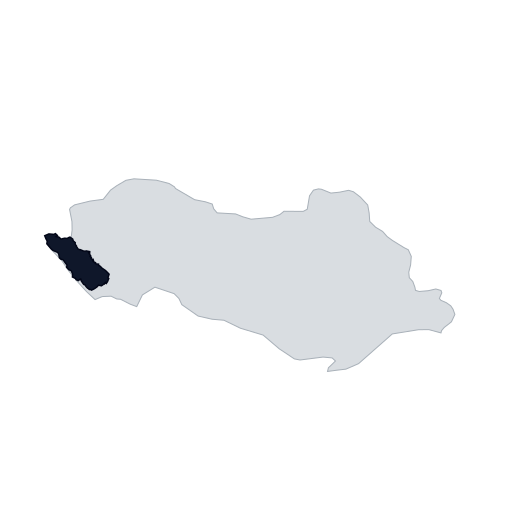 Malësi e Madhe, Shkodër, Albania (highlighted), rotated 288°
{"feature_id": "67620474B62137861373373", "entity_name": "Malësi e Madhe", "entity_type": "district", "adm_level": 2, "iso_a3": "ALB", "parent_name": "Albania", "parent_adm1": "Shkodër", "projection": "albers", "projection_center": [19.601, 42.395], "detail": "fine", "context": "in_parent", "style": "filled", "palette": "ink", "viewbox_px": 512, "rotation_deg": 288, "n_neighbors": 0, "source": "geoboundaries", "source_scale": "gbopen_adm2", "svg_char_len": 2833}
<svg xmlns="http://www.w3.org/2000/svg" viewBox="0 0 512 512"><g transform="rotate(288 256 256)"><path d="M171.0,158.2L171.3,151.3L173.0,140.5L172.1,136.9L173.0,130.6L169.9,122.3L164.8,116.4L169.8,105.8L177.0,93.1L183.7,82.9L191.8,72.4L197.2,62.3L203.0,53.6L207.9,50.9L210.4,52.7L211.7,56.5L211.4,67.8L213.1,71.7L216.6,74.5L223.8,73.1L231.9,70.3L242.7,64.3L244.5,64.6L248.6,67.7L257.0,81.3L262.7,93.2L273.7,97.3L279.9,101.9L287.8,108.9L291.7,116.1L297.3,137.8L298.1,151.0L296.6,157.0L295.3,158.6L290.6,180.2L291.9,191.1L291.9,198.3L287.8,201.2L285.0,205.7L289.7,223.6L289.2,231.2L289.5,240.0L297.9,259.8L302.8,265.9L307.2,268.8L313.0,287.1L316.3,290.3L329.8,288.3L336.4,290.3L339.1,294.6L339.7,297.6L339.0,307.8L342.5,315.7L347.1,323.8L347.2,328.8L344.3,337.0L339.0,346.5L331.9,350.3L324.0,353.5L320.3,360.9L318.5,368.8L315.0,374.7L312.9,381.1L309.7,394.2L309.0,398.9L303.6,403.8L295.3,405.8L287.8,406.3L282.7,408.5L280.2,413.0L275.5,416.7L272.6,418.3L272.7,422.2L276.2,430.5L280.2,437.2L280.4,442.6L278.4,444.1L272.3,443.5L271.0,445.5L270.4,451.5L268.8,456.6L266.3,459.8L261.9,463.2L253.8,462.2L246.2,457.1L242.3,455.5L240.0,455.7L239.4,443.1L236.1,433.3L224.0,409.7L185.3,386.8L176.2,376.5L172.2,367.8L168.3,359.7L172.1,359.4L175.9,361.5L180.7,364.0L182.6,359.9L180.6,351.0L170.7,330.0L170.0,324.3L174.9,306.8L183.0,287.2L182.5,263.4L185.0,245.4L182.3,233.8L181.0,219.5L186.8,200.5L191.8,195.8L194.9,189.8L195.1,169.5L183.9,160.0L171.0,158.2Z" fill="#d9dde1" stroke="#a8b0b8" stroke-width="1"/><path d="M216.5,73.2L215.7,72.3L215.5,71.9L214.9,71.5L214.4,71.2L213.8,68.5L212.6,66.5L211.8,65.6L213.1,62.5L212.7,59.8L214.2,60.7L215.3,58.3L214.1,57.1L213.0,52.2L210.0,48.8L207.5,50.9L205.7,53.0L203.0,53.3L199.4,59.1L198.6,61.1L198.1,66.4L196.7,67.9L193.5,69.6L192.7,71.3L192.8,73.7L190.2,77.2L189.0,79.1L186.8,79.3L185.1,82.4L184.9,84.8L182.2,87.2L179.3,87.9L178.9,91.2L177.9,92.3L177.7,94.7L179.8,95.9L179.9,96.6L178.6,97.2L176.7,99.6L175.7,101.0L175.8,102.0L174.2,104.2L173.3,105.9L173.3,106.5L172.6,107.8L173.0,109.1L172.7,110.1L174.4,111.9L175.7,113.0L177.8,114.5L179.6,115.2L179.9,118.2L181.3,119.3L182.3,119.7L182.4,120.4L183.8,120.7L183.6,121.7L184.4,121.6L184.0,122.2L185.7,122.7L189.1,122.9L189.5,121.9L193.3,121.9L194.4,119.9L195.7,117.3L196.4,114.9L196.9,113.2L197.7,111.8L198.3,110.4L198.4,109.2L199.6,108.8L199.2,107.1L199.1,106.8L199.3,105.4L200.1,105.4L200.2,103.7L200.3,103.1L201.1,102.3L201.3,102.9L202.6,102.0L202.2,101.1L202.6,99.9L203.6,99.9L203.9,98.9L204.9,97.7L204.5,99.3L205.7,98.0L206.0,97.3L207.3,96.0L207.4,96.9L208.8,96.5L208.5,94.2L208.4,93.1L207.7,91.9L207.4,90.4L207.7,87.4L207.7,86.7L207.5,85.7L207.8,84.3L208.8,83.3L209.6,82.1L210.1,82.1L210.6,81.3L211.5,80.3L212.1,80.1L212.8,80.0L213.4,78.7L213.8,77.6L215.5,76.4L216.3,73.8L216.5,73.2Z" fill="#0f172a" stroke="#020617" stroke-width="1.5"/></g></svg>